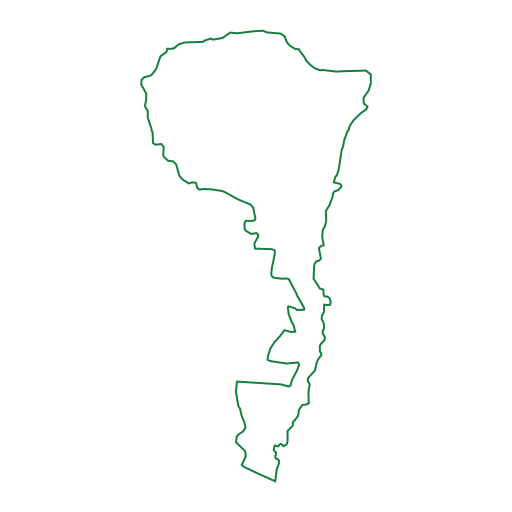 the district of Pasaco, Jutiapa, Guatemala
{"feature_id": "79465075B50334197995085", "entity_name": "Pasaco", "entity_type": "district", "adm_level": 2, "iso_a3": "GTM", "parent_name": "Guatemala", "parent_adm1": "Jutiapa", "projection": "robinson", "projection_center": [-90.222, 13.895], "detail": "fine", "context": "isolated", "style": "outline", "palette": "green", "viewbox_px": 512, "rotation_deg": 0, "n_neighbors": 0, "source": "geoboundaries", "source_scale": "gbopen_adm2", "svg_char_len": 3367}
<svg xmlns="http://www.w3.org/2000/svg" viewBox="0 0 512 512"><path d="M241.7,465.0L243.0,466.2L245.7,467.7L257.8,473.5L275.2,481.3L276.7,469.6L278.9,463.4L279.0,460.8L277.8,459.1L275.6,458.5L275.3,455.9L276.0,454.4L276.0,452.5L273.7,450.1L274.3,446.4L275.0,445.5L275.9,445.7L276.8,446.3L278.5,446.2L278.9,445.4L279.5,444.5L280.3,444.0L281.3,443.9L283.5,446.3L286.7,444.3L287.5,441.5L287.6,430.9L292.7,425.9L293.1,421.8L294.6,420.5L298.1,415.7L298.9,410.0L302.2,405.0L306.8,404.4L308.8,403.2L308.4,392.1L309.7,384.5L308.7,382.3L307.7,381.2L308.1,378.0L314.9,370.6L316.8,362.4L317.9,359.7L321.2,355.2L321.2,353.1L319.9,351.5L319.8,346.2L320.8,344.0L324.5,340.1L324.9,337.0L322.7,333.6L322.9,330.5L324.1,328.3L323.9,323.5L321.6,319.0L322.1,315.3L324.0,312.1L324.1,304.7L329.6,305.1L330.5,303.8L330.6,301.1L329.4,298.0L327.4,296.6L324.6,296.4L323.7,295.2L323.3,289.6L319.8,288.5L316.9,283.7L313.6,278.9L314.1,266.2L314.6,263.7L316.5,261.3L319.1,260.6L320.9,258.8L318.9,248.0L321.0,245.9L323.7,245.3L322.2,236.8L322.8,230.0L324.9,226.2L326.2,221.1L325.8,211.2L329.6,204.9L332.5,197.1L333.2,193.0L334.9,191.1L338.0,190.3L341.4,186.8L341.1,185.2L339.7,183.7L333.8,182.4L335.3,177.0L336.8,175.3L338.7,169.6L341.8,149.2L342.7,148.0L344.3,140.0L347.6,131.1L348.7,129.9L349.5,126.4L353.4,120.4L360.8,113.2L366.3,109.4L367.5,106.6L363.9,103.6L363.5,99.5L363.8,97.4L368.6,90.6L370.8,83.5L370.8,74.5L366.0,70.6L343.4,71.2L336.5,71.6L322.9,70.0L320.5,70.3L315.1,68.5L311.2,65.7L306.6,61.2L304.0,56.4L300.5,52.0L298.6,49.1L295.4,49.1L289.5,45.4L286.8,42.0L284.6,36.4L280.7,33.6L267.1,32.4L262.8,30.7L253.3,31.3L237.4,33.3L230.3,32.6L222.5,37.9L214.8,39.4L211.7,39.4L211.0,38.6L204.2,40.7L202.8,41.9L184.4,42.5L178.5,44.4L174.2,48.2L170.5,48.9L167.3,48.7L166.5,51.9L160.4,56.4L156.2,68.9L151.9,74.5L151.0,75.4L144.2,77.3L141.7,79.7L141.2,84.9L143.2,88.0L146.2,93.6L146.2,99.9L144.9,106.0L146.3,108.6L147.3,110.1L147.8,111.7L147.8,113.8L147.7,117.5L151.2,128.0L151.8,131.0L152.6,132.3L153.0,143.0L155.3,144.7L161.4,144.0L163.8,147.3L163.2,155.1L163.9,156.9L167.2,159.9L168.3,160.9L173.1,161.3L176.2,164.5L179.3,175.6L181.1,178.0L183.5,180.1L187.4,182.6L188.4,183.5L191.6,182.5L195.3,182.5L196.3,183.7L197.1,187.6L199.3,189.6L204.5,189.0L211.6,189.4L222.3,191.0L225.4,192.4L237.9,199.3L250.5,204.6L253.2,207.6L255.4,218.6L254.6,220.3L252.7,220.9L245.8,220.9L244.7,222.7L244.5,225.3L244.7,229.0L245.8,230.7L248.4,232.3L251.3,234.0L256.4,233.1L258.2,234.8L258.3,236.4L254.3,243.5L255.1,248.6L272.1,249.2L274.7,250.4L274.8,254.1L271.9,267.8L271.2,274.2L271.7,275.8L273.4,277.6L281.4,278.7L287.1,278.5L288.8,279.2L296.3,293.3L296.9,295.2L302.6,305.1L303.6,307.0L304.2,308.3L304.2,309.7L297.0,310.0L295.2,308.4L289.4,306.5L288.3,306.4L287.9,307.5L288.6,313.8L291.7,322.0L293.4,324.6L295.2,331.7L290.5,331.9L284.5,330.2L279.8,336.4L274.7,341.9L270.5,348.2L268.1,355.5L267.9,357.0L267.5,358.5L267.5,359.7L268.5,360.3L270.0,360.9L273.4,361.6L286.6,363.5L296.5,362.6L297.4,362.5L298.4,362.7L299.0,364.3L298.9,365.6L298.3,367.0L296.9,370.7L291.9,380.3L290.5,385.6L288.6,386.5L280.9,384.4L265.7,383.4L237.0,381.6L235.9,391.4L238.3,405.8L240.1,408.8L241.5,415.4L244.3,422.2L245.5,427.3L243.7,430.7L242.2,432.1L240.6,433.0L238.6,434.4L236.7,436.6L236.1,442.4L242.5,448.6L243.6,449.5L245.0,451.1L245.7,453.5L245.5,457.2L243.9,460.4L241.7,465.0Z" fill="none" stroke="#15803d" stroke-width="2"/></svg>